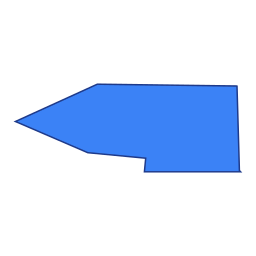 52, Ar Rayyān, Qatar (Mercator projection)
{"feature_id": "91078587B99921066988790", "entity_name": "52", "entity_type": "district", "adm_level": 2, "iso_a3": "QAT", "parent_name": "Qatar", "parent_adm1": "Ar Rayyān", "projection": "mercator", "projection_center": [51.454, 25.306], "detail": "fine", "context": "isolated", "style": "filled", "palette": "blue", "viewbox_px": 256, "rotation_deg": 0, "n_neighbors": 0, "source": "geoboundaries", "source_scale": "gbopen_adm2", "svg_char_len": 270}
<svg xmlns="http://www.w3.org/2000/svg" viewBox="0 0 256 256"><path d="M144.4,171.8L240.6,171.8L239.4,170.5L239.4,170.3L237.8,114.3L237.0,86.1L236.9,86.0L97.3,84.2L15.4,121.5L87.8,152.7L145.7,158.2L144.4,171.8Z" fill="#3b82f6" stroke="#1e3a8a" stroke-width="1.5"/></svg>